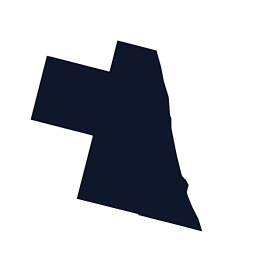 Sarasota, Florida, United States of America (Mercator projection), rotated 194°
{"feature_id": "52423323B35059140048006", "entity_name": "Sarasota", "entity_type": "district", "adm_level": 2, "iso_a3": "USA", "parent_name": "United States of America", "parent_adm1": "Florida", "projection": "mercator", "projection_center": [-82.437, 27.168], "detail": "fine", "context": "isolated", "style": "filled", "palette": "ink", "viewbox_px": 256, "rotation_deg": 194, "n_neighbors": 0, "source": "geoboundaries", "source_scale": "gbopen_adm2", "svg_char_len": 612}
<svg xmlns="http://www.w3.org/2000/svg" viewBox="0 0 256 256"><g transform="rotate(194 128 128)"><path d="M223.7,113.3L160.6,112.9L159.4,112.3L159.8,47.7L99.7,47.7L97.0,47.7L96.6,47.7L96.2,47.7L96.2,46.8L95.6,46.8L71.7,46.7L68.6,46.8L64.6,46.7L64.4,46.7L59.5,46.7L32.3,46.4L38.4,56.5L47.0,66.3L54.1,76.0L56.3,79.9L56.2,84.8L56.1,87.0L59.6,90.9L64.2,93.7L65.9,96.2L74.8,113.2L74.9,113.4L79.7,123.5L86.4,137.7L89.1,147.9L90.2,148.9L91.9,152.9L96.6,167.3L105.3,181.9L111.4,195.0L119.5,209.3L158.7,209.6L158.8,177.4L218.1,177.8L223.4,177.7L223.7,113.3Z" fill="#0f172a" stroke="#020617" stroke-width="1.5"/></g></svg>